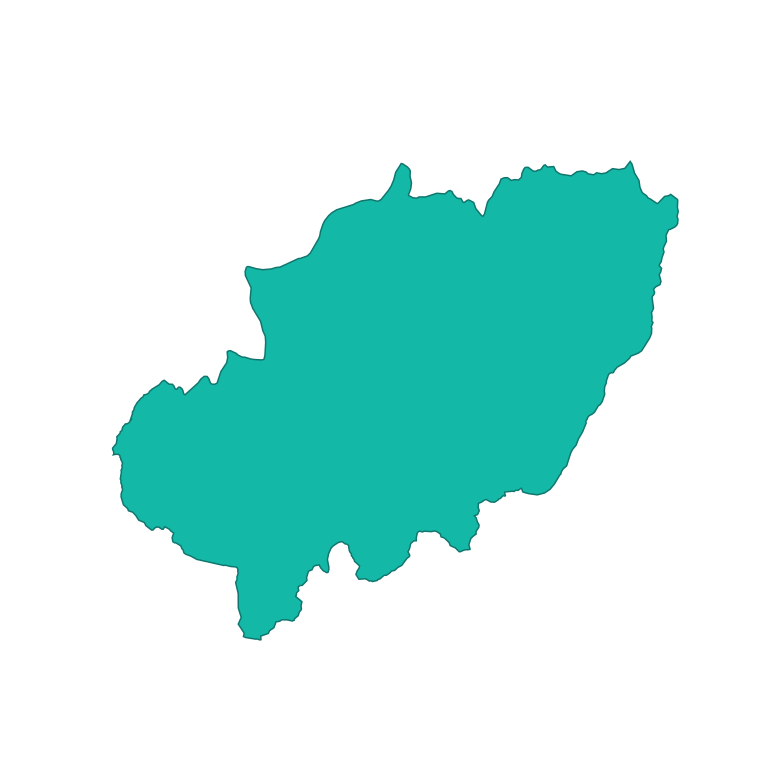 Güicán, Boyacá, Colombia, rotated 16°
{"feature_id": "7082276B71833607735517", "entity_name": "Güicán", "entity_type": "district", "adm_level": 2, "iso_a3": "COL", "parent_name": "Colombia", "parent_adm1": "Boyacá", "projection": "albers", "projection_center": [-72.306, 6.561], "detail": "fine", "context": "isolated", "style": "filled", "palette": "teal", "viewbox_px": 768, "rotation_deg": 16, "n_neighbors": 0, "source": "geoboundaries", "source_scale": "gbopen_adm2", "svg_char_len": 6158}
<svg xmlns="http://www.w3.org/2000/svg" viewBox="0 0 768 768"><g transform="rotate(16 384 384)"><path d="M339.8,167.3L336.9,177.2L337.1,185.2L336.3,191.9L334.9,196.7L330.4,207.4L328.3,209.7L326.1,210.2L320.4,210.3L311.7,214.3L306.9,218.0L305.2,219.9L290.6,229.5L286.7,233.7L284.5,237.2L282.0,243.2L281.3,247.1L280.9,254.6L281.4,259.0L281.2,262.0L277.1,278.4L275.0,282.0L268.9,286.4L267.3,286.9L251.8,300.3L248.1,301.8L243.7,304.6L235.8,307.6L229.1,308.4L221.8,308.4L220.3,308.8L219.6,309.8L219.5,314.1L220.9,318.0L229.8,328.2L231.8,338.6L233.2,342.3L237.1,347.6L248.0,357.7L252.8,366.1L256.7,370.8L258.8,376.6L261.6,389.0L261.8,393.5L259.7,394.6L252.5,396.2L249.3,396.7L242.7,396.6L240.7,397.2L237.6,396.8L234.7,396.1L234.0,395.4L227.4,394.3L225.3,395.1L224.4,396.4L226.5,401.8L226.9,407.0L223.8,416.8L223.3,429.2L221.4,430.9L218.4,431.6L216.8,430.8L214.4,427.5L212.0,425.5L209.1,426.2L206.5,429.9L205.1,434.1L195.7,449.2L194.2,448.7L192.4,445.6L191.0,444.2L188.8,443.3L187.4,443.7L186.2,446.2L185.6,446.4L184.3,446.0L182.7,443.9L180.7,442.6L177.6,443.4L171.7,441.0L169.9,442.7L168.2,446.6L162.6,452.7L160.6,455.8L160.5,457.3L158.7,459.4L156.2,460.6L155.9,462.8L154.4,464.6L151.8,470.1L150.5,475.5L150.7,478.0L149.9,480.1L150.4,482.3L150.1,488.4L150.8,487.9L150.6,488.7L149.4,491.7L148.1,493.0L146.4,493.7L144.7,497.4L144.8,501.1L143.7,502.4L143.8,504.4L141.7,508.4L142.5,510.0L143.1,515.1L140.8,520.4L141.2,521.8L142.4,523.0L143.4,525.0L143.3,526.7L145.3,525.6L147.9,524.9L149.0,525.1L150.1,526.0L150.4,527.2L151.1,527.4L151.8,529.1L154.4,531.9L154.5,534.8L155.4,536.3L155.1,539.7L155.8,540.8L156.7,548.0L157.7,549.1L158.3,551.5L160.7,554.7L160.3,555.3L161.9,557.6L161.6,561.8L162.4,565.0L166.9,572.0L171.8,574.3L173.3,576.3L177.8,576.5L181.5,578.7L185.8,582.5L191.8,583.2L194.2,585.8L201.0,588.5L202.2,588.0L203.6,585.3L204.9,584.1L207.2,583.7L210.3,584.8L211.7,584.5L212.7,581.6L217.5,582.7L219.7,584.1L222.9,585.2L222.7,590.1L224.5,593.8L226.4,594.4L227.8,594.1L233.3,595.6L235.0,597.9L236.6,598.9L238.4,601.6L240.6,602.3L245.8,602.7L252.4,604.2L280.0,602.6L281.4,601.9L286.9,601.7L292.0,600.7L293.5,601.1L294.7,602.5L295.1,604.6L296.0,606.1L295.8,609.9L296.6,612.5L296.1,615.7L301.6,625.6L305.7,639.5L311.1,647.7L310.1,655.0L317.9,661.7L318.4,662.7L318.5,665.5L321.2,665.8L331.1,664.6L332.6,664.0L334.9,664.3L336.2,663.7L335.0,660.3L341.5,655.7L342.1,652.5L345.3,648.7L345.8,642.4L349.0,640.9L350.9,638.8L355.9,637.4L361.2,637.1L362.9,635.7L362.7,634.3L365.3,630.5L365.5,626.2L366.4,624.7L366.7,623.0L365.4,620.3L365.1,615.9L357.5,612.5L357.9,611.4L357.5,608.7L359.0,606.2L357.6,603.4L357.5,602.3L358.9,600.9L361.0,600.0L364.1,594.1L362.9,591.3L363.0,585.3L363.4,584.4L366.0,582.4L366.4,579.5L367.4,577.8L371.6,575.8L373.8,578.2L377.2,580.3L381.1,581.1L382.1,580.4L382.1,577.4L381.4,575.1L378.0,568.4L377.5,562.4L378.4,556.2L379.6,553.9L383.4,549.3L386.5,547.3L387.6,547.2L390.6,548.4L392.7,548.2L394.4,549.0L396.5,553.6L397.5,554.9L399.3,556.1L400.1,558.2L401.2,558.6L402.3,560.1L403.5,560.7L404.6,562.6L410.7,565.6L410.8,567.6L409.7,571.3L409.5,574.8L413.7,578.6L419.4,576.5L421.2,576.5L424.2,577.5L425.2,576.9L427.5,577.0L431.7,574.7L432.1,573.5L433.9,572.4L436.8,567.9L439.0,567.2L441.3,564.6L442.9,561.7L445.7,560.2L447.8,556.6L451.1,553.4L454.1,545.4L456.0,542.7L455.9,541.4L453.3,538.7L453.9,535.3L453.7,530.5L453.9,529.6L455.8,526.6L458.3,525.8L457.4,523.0L457.1,518.4L457.5,516.8L458.7,515.7L461.8,515.6L463.2,514.4L470.1,512.9L473.1,511.3L475.2,511.3L479.4,512.6L481.0,515.2L484.6,515.4L488.7,517.6L490.5,518.7L492.2,521.1L497.8,521.9L502.5,524.5L503.4,524.3L507.1,521.3L511.6,519.7L512.3,519.1L509.9,515.2L510.0,508.9L511.4,506.1L513.9,502.8L513.1,500.5L514.6,495.6L514.2,493.2L512.0,491.1L509.4,487.2L507.2,485.8L509.9,483.7L510.5,479.6L508.5,476.6L507.7,472.6L510.1,470.9L512.8,467.6L514.2,466.9L519.1,468.0L522.9,467.1L525.6,464.1L526.0,462.9L527.4,462.0L529.0,458.9L529.5,458.4L531.2,458.4L531.4,457.5L530.0,455.6L530.0,454.5L536.6,451.8L538.8,451.4L539.7,450.0L542.3,449.2L544.5,446.4L545.4,446.9L547.0,449.3L547.7,449.6L553.6,449.5L561.9,448.3L568.5,444.4L572.6,439.5L575.3,433.4L578.0,423.3L578.8,421.9L578.7,419.5L579.6,416.2L582.1,412.4L582.5,398.8L583.3,394.8L585.5,389.9L586.1,383.1L588.1,375.2L589.1,365.9L588.2,364.0L588.9,362.3L589.1,359.7L590.0,357.8L592.3,355.7L594.1,353.2L596.0,345.9L597.6,344.0L598.6,340.7L599.0,333.0L597.7,330.0L596.9,325.8L597.4,321.7L596.9,319.5L597.2,313.2L597.5,312.3L599.2,310.4L600.6,310.3L601.4,309.7L601.8,307.4L603.4,303.7L609.5,297.3L613.1,291.3L613.4,289.3L619.9,284.3L622.5,281.1L626.7,266.7L627.2,261.7L626.0,256.6L625.1,255.1L625.6,250.7L624.1,249.7L623.2,245.6L621.5,241.7L622.2,236.9L617.9,227.1L617.9,225.6L618.9,223.4L618.9,221.4L617.2,218.9L617.2,218.0L618.5,215.6L621.9,212.4L622.0,209.1L618.4,202.9L619.1,200.3L618.9,196.3L616.0,194.4L615.9,193.1L616.8,190.0L616.4,186.0L616.8,180.0L615.2,177.2L615.2,174.8L616.2,168.9L614.1,163.3L615.1,157.2L616.4,156.5L620.1,153.2L621.5,150.9L622.0,148.9L621.2,144.6L619.5,142.2L619.3,137.1L617.4,133.5L615.7,126.4L614.9,125.6L607.3,122.7L605.9,124.4L602.0,126.4L597.7,134.5L596.9,135.3L589.1,132.8L586.6,132.4L584.2,130.5L580.2,129.2L578.9,128.2L575.8,124.3L573.0,118.1L566.8,112.3L561.8,104.3L559.3,102.2L556.1,110.3L550.8,113.1L544.3,114.0L539.1,120.0L535.1,121.9L530.1,122.4L528.0,125.1L522.4,125.7L519.6,124.5L516.0,124.5L510.9,126.8L506.6,132.3L496.2,133.6L493.4,133.1L490.4,131.8L487.2,128.2L481.4,130.4L478.5,128.9L477.3,129.9L475.7,134.3L474.7,135.3L472.9,136.0L471.5,137.6L468.7,138.2L463.0,136.0L460.7,136.6L459.9,137.1L459.1,139.0L458.5,143.5L459.1,147.4L457.1,150.8L453.3,151.5L450.2,153.2L445.9,151.6L442.6,152.7L440.0,154.8L439.7,159.7L436.8,169.1L436.3,174.0L433.9,178.5L433.4,181.0L433.7,193.0L432.9,195.5L431.3,195.2L423.9,190.1L420.2,184.8L414.8,183.7L413.5,184.4L411.1,187.3L409.8,187.5L406.9,184.5L403.8,185.2L402.4,185.0L398.5,182.7L396.3,180.3L394.3,179.8L392.7,180.7L390.1,184.5L382.2,186.1L372.3,192.8L366.0,194.6L364.2,196.4L360.3,197.0L356.0,196.1L355.4,195.5L355.9,189.0L355.0,183.1L351.7,177.0L350.6,172.1L349.2,170.5L346.6,168.9L341.5,167.3L339.8,167.3Z" fill="#14b8a6" stroke="#0f766e" stroke-width="1.5"/></g></svg>